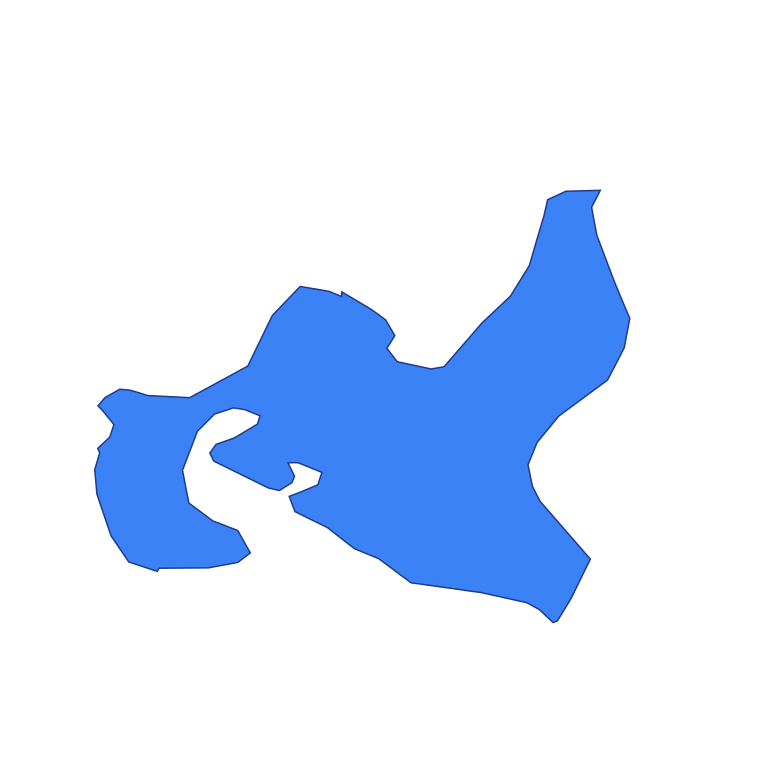 Zoe-Gbao, Nimba, Liberia (Albers equal-area conic projection), rotated 202°
{"feature_id": "62588387B27641742881305", "entity_name": "Zoe-Gbao", "entity_type": "district", "adm_level": 2, "iso_a3": "LBR", "parent_name": "Liberia", "parent_adm1": "Nimba", "projection": "albers", "projection_center": [-8.687, 6.996], "detail": "fine", "context": "isolated", "style": "filled", "palette": "blue", "viewbox_px": 768, "rotation_deg": 202, "n_neighbors": 0, "source": "geoboundaries", "source_scale": "gbopen_adm2", "svg_char_len": 1983}
<svg xmlns="http://www.w3.org/2000/svg" viewBox="0 0 768 768"><g transform="rotate(202 384 384)"><path d="M457.6,453.6L456.2,449.2L467.3,449.3L469.9,449.3L477.6,447.6L498.3,443.0L506.9,421.5L513.2,405.7L515.6,370.5L517.0,349.6L533.7,329.3L559.1,298.5L598.7,284.8L603.8,284.4L617.0,283.2L627.0,280.2L637.5,267.1L641.0,256.6L634.9,253.9L619.2,245.2L618.4,232.0L625.3,217.1L621.8,213.6L620.1,196.1L615.3,186.9L612.7,181.7L608.8,174.2L604.6,169.3L583.5,144.8L580.1,140.9L576.8,138.7L554.0,123.4L527.3,125.1L524.0,125.4L523.6,128.9L521.7,129.7L485.4,144.7L478.1,147.7L464.5,156.3L452.7,163.8L444.7,177.3L464.7,193.4L475.1,193.2L478.5,193.2L491.5,192.9L497.7,194.6L520.3,200.5L531.0,216.9L538.5,228.5L538.8,244.6L539.3,270.2L529.9,292.6L523.4,298.1L514.5,305.5L503.4,308.1L487.1,308.1L486.3,299.5L496.2,286.3L502.5,278.0L517.1,265.1L519.6,254.7L518.8,253.9L512.8,248.7L471.3,245.7L452.1,244.3L441.0,246.1L433.6,256.4L432.4,258.1L432.4,265.0L443.5,274.9L437.9,277.4L434.1,278.8L408.4,278.8L408.3,276.5L407.6,265.8L420.5,252.9L429.8,244.3L424.4,238.4L418.7,232.3L399.6,230.9L382.8,229.7L380.1,228.9L361.3,223.5L349.5,220.2L348.8,220.2L323.8,220.1L309.8,216.5L297.2,213.1L292.7,212.0L284.5,209.8L253.9,217.5L219.7,226.0L216.0,227.0L200.8,229.5L169.8,234.7L155.3,233.0L138.0,226.2L134.5,229.1L130.2,255.3L127.5,293.1L127.0,298.9L160.4,315.9L186.3,329.1L195.4,333.7L208.2,344.9L208.9,346.0L220.2,363.0L220.2,367.9L220.2,387.1L214.8,404.2L209.9,419.8L202.1,432.5L178.2,471.5L177.1,483.0L175.6,498.6L175.1,504.7L174.8,507.6L175.7,511.9L180.7,536.9L186.5,542.7L208.1,564.5L220.3,577.7L233.0,591.5L242.3,601.5L257.7,625.6L256.0,644.6L287.6,630.8L296.4,621.4L301.3,616.2L298.7,599.8L296.3,574.8L293.6,548.2L294.2,544.8L299.7,512.9L300.8,510.5L304.7,501.9L315.9,477.6L325.3,450.2L332.7,428.6L333.3,426.9L334.8,422.5L345.9,415.6L372.1,411.0L380.1,409.6L394.7,418.2L392.1,432.9L400.5,439.4L406.6,444.1L423.7,448.4L430.7,449.5L457.6,453.6Z" fill="#3b82f6" stroke="#1e3a8a" stroke-width="1.5"/></g></svg>